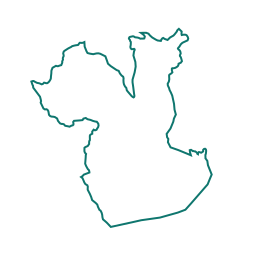 Bossangoa, Ouham, Central African Republic (Robinson projection), rotated 345°
{"feature_id": "33826404B90258922405871", "entity_name": "Bossangoa", "entity_type": "district", "adm_level": 2, "iso_a3": "CAF", "parent_name": "Central African Republic", "parent_adm1": "Ouham", "projection": "robinson", "projection_center": [17.361, 6.343], "detail": "fine", "context": "isolated", "style": "outline", "palette": "teal", "viewbox_px": 256, "rotation_deg": 345, "n_neighbors": 0, "source": "geoboundaries", "source_scale": "gbopen_adm2", "svg_char_len": 4319}
<svg xmlns="http://www.w3.org/2000/svg" viewBox="0 0 256 256"><g transform="rotate(345 128 128)"><path d="M50.2,80.9L51.4,87.3L52.6,88.6L53.9,88.7L54.9,89.5L55.4,91.1L55.3,92.7L55.1,94.8L55.8,96.2L56.9,97.1L59.1,97.9L60.2,98.5L62.0,100.5L62.2,102.9L63.0,104.8L63.6,106.0L64.9,106.9L66.0,107.2L67.0,107.8L67.9,109.6L70.4,110.8L71.9,111.6L73.1,111.3L74.0,111.1L75.4,111.1L75.6,110.9L76.1,110.7L76.4,110.0L76.6,108.0L77.7,107.1L83.5,108.2L86.1,108.6L87.4,107.4L89.8,107.4L91.1,109.0L93.9,110.5L96.0,112.1L98.1,113.3L99.5,113.9L100.4,116.1L100.2,118.0L99.3,119.5L98.1,120.5L97.1,121.6L95.5,121.7L94.4,120.7L92.5,122.2L92.0,124.3L90.5,124.6L89.7,124.9L89.1,125.7L88.7,127.2L88.4,128.5L88.0,129.9L87.2,130.6L86.7,131.9L86.3,133.4L84.4,135.0L81.8,135.4L80.8,135.9L79.9,139.1L80.0,140.7L80.8,142.2L80.2,143.3L79.5,145.5L77.4,151.4L77.7,153.8L78.1,155.5L78.6,157.4L79.3,158.5L79.4,159.8L79.2,161.0L73.3,161.6L71.4,162.8L70.0,163.2L71.1,164.7L71.5,167.5L71.7,169.1L72.2,170.9L73.0,171.9L73.9,172.8L74.0,174.3L73.6,175.4L73.1,177.2L73.5,179.1L74.1,181.8L74.6,185.3L74.7,188.3L75.9,190.0L77.3,191.9L78.5,194.0L78.6,196.4L79.2,199.7L80.1,200.7L80.6,203.0L80.6,205.2L80.2,207.7L80.2,209.8L81.6,211.8L83.0,213.9L85.8,219.1L107.0,220.1L116.9,220.5L135.7,222.8L154.2,222.6L162.3,221.8L169.5,217.1L187.0,205.3L190.3,203.1L194.0,198.2L196.8,194.6L195.6,184.6L196.1,180.3L195.0,177.4L195.8,174.0L196.5,173.1L197.6,170.3L197.7,168.9L197.1,168.0L196.3,167.9L196.1,167.9L195.0,168.5L194.6,169.7L194.5,170.1L192.8,170.7L192.3,170.8L191.9,170.6L191.0,169.9L190.2,169.6L189.8,169.9L189.2,170.2L188.8,171.4L188.3,170.9L188.2,169.6L186.9,168.0L186.2,167.8L184.9,167.0L184.5,167.0L183.4,165.5L182.5,165.3L181.9,165.4L181.7,166.7L181.6,168.2L181.7,170.6L171.1,162.5L164.1,157.7L162.9,152.1L164.1,149.0L163.4,147.1L163.8,143.7L168.9,139.5L173.4,133.6L174.8,130.8L177.7,127.4L177.7,122.3L178.7,116.6L179.1,108.2L178.6,104.8L178.0,102.1L178.0,100.1L177.5,97.3L177.8,95.5L179.5,93.7L180.5,91.6L181.0,89.2L181.4,87.6L182.1,87.1L183.0,86.8L184.2,86.4L185.3,85.7L185.3,83.6L185.4,83.2L185.8,81.9L186.6,81.8L187.5,82.1L189.4,82.1L191.4,81.5L192.2,81.1L193.2,79.9L193.5,79.0L194.6,78.8L195.9,78.6L197.4,77.4L197.4,76.8L197.4,74.6L197.3,73.2L196.8,71.9L197.0,71.1L197.6,70.4L198.2,69.6L198.3,67.8L198.1,66.8L197.8,66.1L197.0,65.0L196.8,64.1L197.4,63.5L198.6,62.8L200.7,60.8L202.6,59.8L204.1,59.5L206.4,59.1L208.2,58.8L209.3,57.3L209.3,55.6L208.7,53.7L207.9,52.9L206.2,52.3L204.0,52.1L204.0,51.0L204.8,48.7L202.8,45.4L201.6,46.0L200.8,46.5L200.4,47.0L200.2,47.4L197.4,49.5L195.8,50.5L193.4,51.1L192.0,51.5L189.0,53.2L186.4,51.4L185.5,50.3L185.3,50.1L184.4,50.3L183.0,51.3L182.7,51.9L182.3,52.4L179.2,51.1L177.6,49.7L174.8,46.8L173.1,44.2L172.2,42.2L170.3,40.8L167.9,40.1L165.2,39.5L166.8,41.5L167.6,42.8L167.9,44.1L166.9,45.7L165.9,45.6L164.1,45.1L163.0,44.9L161.9,43.9L160.8,43.2L159.8,42.8L158.3,42.2L157.4,41.2L156.6,40.7L155.7,40.6L154.6,40.6L153.9,40.5L153.0,40.6L152.1,41.5L152.1,42.3L152.5,43.1L152.7,43.7L152.6,44.6L153.0,45.6L152.7,46.7L152.2,48.3L151.8,49.2L151.4,49.9L151.2,50.8L151.3,51.9L151.9,52.8L152.4,52.9L153.6,53.1L154.3,53.1L154.7,53.6L154.7,54.2L154.2,54.9L153.9,55.2L153.4,56.1L152.0,59.4L152.2,66.1L151.3,70.7L148.8,76.0L144.9,82.5L144.2,85.1L143.7,89.4L142.8,95.9L142.5,98.4L142.5,98.7L142.1,99.4L141.8,99.7L141.3,99.9L140.6,99.3L139.7,98.0L139.1,96.7L137.1,92.5L136.6,91.2L136.7,89.5L136.7,88.7L135.9,87.2L135.4,84.8L135.5,82.9L136.0,80.5L136.6,78.8L136.6,77.2L135.4,75.7L134.3,73.2L133.8,70.4L132.0,69.1L127.3,63.7L125.3,60.7L125.1,57.5L124.7,52.9L122.2,50.7L120.4,49.1L118.7,48.2L116.7,47.8L113.5,47.7L110.4,46.3L108.3,45.1L107.8,43.2L107.2,38.2L108.1,33.7L106.4,34.0L105.2,33.8L104.2,33.4L103.4,33.2L102.3,34.0L101.5,34.8L100.5,34.8L99.1,34.6L97.6,34.5L95.3,34.5L94.0,35.0L91.1,35.6L89.5,36.1L86.4,37.1L85.4,37.9L84.7,39.3L84.7,40.8L84.5,41.8L83.3,43.3L83.0,44.1L82.9,45.1L81.7,46.6L81.4,47.9L79.8,50.0L78.1,50.0L76.4,50.2L75.5,49.9L74.5,49.3L70.7,50.3L69.2,52.3L68.8,53.0L68.1,55.3L66.8,58.6L66.4,59.9L65.8,60.9L65.0,61.7L63.9,62.7L62.9,63.3L61.7,63.8L60.8,63.6L59.9,63.2L59.3,62.7L58.6,62.5L57.4,63.3L56.0,63.5L55.6,63.2L54.1,62.0L53.2,61.5L51.9,60.9L50.5,59.7L49.8,59.0L49.0,58.2L48.0,58.0L46.7,58.1L46.9,61.5L47.2,62.6L46.9,64.5L51.1,75.0L51.1,77.9L51.0,79.5L50.2,80.9Z" fill="none" stroke="#0f766e" stroke-width="2"/></g></svg>